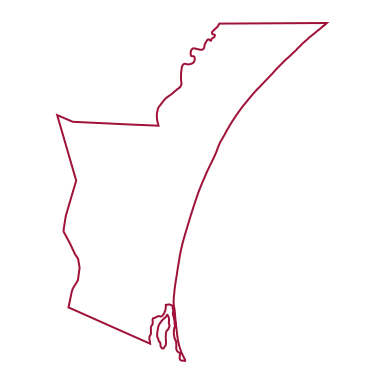 the district of Marracuene, Maputo, Mozambique
{"feature_id": "85939544B2591372162698", "entity_name": "Marracuene", "entity_type": "district", "adm_level": 2, "iso_a3": "MOZ", "parent_name": "Mozambique", "parent_adm1": "Maputo", "projection": "equal_earth", "projection_center": [32.747, -25.675], "detail": "fine", "context": "isolated", "style": "outline", "palette": "rose", "viewbox_px": 384, "rotation_deg": 0, "n_neighbors": 0, "source": "geoboundaries", "source_scale": "gbopen_adm2", "svg_char_len": 5721}
<svg xmlns="http://www.w3.org/2000/svg" viewBox="0 0 384 384"><path d="M68.5,307.5L71.0,308.5L115.6,328.4L150.1,343.7L150.0,343.0L150.0,342.2L149.9,341.7L149.8,340.9L149.6,340.1L149.4,339.4L149.4,338.0L149.5,336.9L149.7,336.2L149.9,335.6L150.4,335.0L150.5,334.7L150.8,334.2L151.0,332.8L150.9,331.6L150.9,330.4L150.9,329.5L150.9,328.4L150.9,327.3L151.2,326.5L151.4,326.0L151.8,325.3L152.4,324.7L152.6,324.0L152.7,323.3L152.7,322.7L152.7,322.2L152.7,321.5L152.7,320.9L152.5,320.1L152.6,319.5L152.8,318.8L153.1,318.3L153.7,318.2L154.7,317.9L155.4,317.6L156.2,317.1L156.9,316.7L157.6,316.4L158.4,316.2L159.1,316.2L159.9,316.4L160.4,316.5L161.2,316.5L161.6,316.3L162.6,315.5L163.2,314.6L163.8,313.9L164.4,312.9L164.6,312.2L164.7,311.9L164.9,311.1L165.2,310.8L165.3,310.2L165.6,308.9L165.7,307.6L165.9,306.3L165.8,304.9L169.5,304.4L172.2,305.6L172.3,305.7L172.5,306.3L172.6,307.2L172.7,308.0L172.9,309.0L173.0,309.7L173.2,310.4L173.3,311.0L173.2,311.7L173.0,312.2L172.9,312.8L172.9,313.8L172.9,314.3L172.9,314.9L173.2,315.5L173.6,316.5L173.9,318.3L174.5,320.8L174.7,324.3L174.7,324.7L175.0,325.1L175.0,326.1L174.7,327.1L174.3,328.0L173.9,329.8L173.9,331.0L173.8,332.2L173.8,333.3L173.9,334.1L174.0,335.2L174.2,335.8L174.3,336.4L174.3,337.1L174.5,337.8L174.6,338.2L174.9,338.9L175.0,339.4L175.3,340.0L175.7,340.5L175.8,341.0L176.1,341.8L176.2,342.7L176.2,343.7L176.3,344.5L176.4,345.1L176.4,345.7L176.3,346.6L176.2,347.2L176.2,347.9L176.3,348.8L176.5,349.6L176.7,350.3L177.0,350.9L177.5,351.5L178.1,352.0L178.9,352.4L179.4,352.8L179.8,353.2L179.9,353.5L179.9,355.4L179.8,356.1L179.7,356.7L179.6,357.5L179.7,358.2L179.8,358.9L180.0,359.4L180.4,360.0L181.5,360.6L182.2,360.7L182.9,360.7L183.7,360.7L183.9,360.8L184.4,360.9L184.5,361.0L184.8,361.0L185.1,360.7L185.1,360.3L185.0,359.8L184.9,359.3L184.8,359.0L184.0,357.9L183.6,356.8L183.0,355.8L182.6,354.9L182.2,354.4L182.2,354.0L181.7,353.1L181.3,352.2L180.8,350.5L179.7,347.5L179.0,344.7L178.0,340.7L177.7,338.5L177.0,333.4L176.2,326.4L176.1,325.5L175.9,322.8L175.5,320.2L175.4,319.0L175.2,317.1L175.0,314.2L174.7,310.9L174.5,309.3L174.0,306.5L173.7,304.1L173.6,301.3L173.8,297.9L173.8,296.9L174.1,294.9L174.7,288.4L175.6,282.1L176.6,276.0L177.7,268.6L178.7,262.9L179.9,255.3L181.5,247.6L182.3,244.5L182.2,244.4L185.1,234.2L191.0,214.6L194.9,202.6L198.7,191.5L202.8,181.3L204.6,177.4L206.9,171.9L210.0,165.4L210.8,163.7L211.8,161.8L214.3,156.6L216.6,151.3L218.1,147.0L220.1,142.5L222.2,138.8L224.8,134.3L226.6,130.8L228.9,127.0L228.9,126.8L232.2,121.5L235.2,116.8L238.1,112.7L242.2,107.0L245.9,102.5L249.5,98.1L253.4,93.5L257.3,89.2L259.2,87.4L264.1,82.2L271.9,74.1L276.3,69.1L281.5,63.9L285.2,60.1L288.5,57.3L291.3,54.6L293.5,52.5L296.1,50.1L297.6,48.4L301.1,45.1L302.2,43.7L302.8,43.3L304.7,41.6L307.8,38.9L309.2,37.5L311.8,35.5L314.9,33.0L317.0,31.2L319.3,29.4L321.8,27.3L323.6,25.8L323.5,25.7L323.8,25.5L325.1,24.7L325.2,24.4L326.8,23.0L219.4,23.6L218.8,24.6L218.3,25.5L217.8,26.3L217.2,27.0L216.8,27.4L216.0,28.1L215.2,28.9L214.2,29.8L213.5,30.6L212.8,31.1L212.3,31.8L212.0,32.5L212.0,33.2L212.3,33.9L212.9,34.3L213.6,34.4L214.1,34.5L214.7,34.9L214.9,35.8L214.5,36.6L213.9,37.4L212.9,38.0L212.2,38.4L211.7,38.7L211.3,39.3L211.2,39.8L211.2,40.2L211.0,40.5L210.9,40.4L210.6,40.6L210.2,40.6L209.8,40.2L209.2,39.7L208.9,39.4L208.1,39.4L207.4,40.0L206.8,40.7L206.3,41.6L205.8,42.5L205.3,43.3L204.6,44.8L204.5,45.7L204.4,46.7L204.1,47.8L203.6,48.7L202.5,49.6L201.3,49.8L200.0,49.7L198.0,49.2L196.9,49.0L195.9,48.7L195.1,48.5L194.4,48.4L193.6,48.4L192.8,48.5L192.4,48.8L191.9,49.4L191.4,49.9L191.2,50.5L190.8,51.3L190.7,52.2L190.7,53.1L190.7,54.4L190.8,55.0L191.1,55.8L191.6,56.1L192.3,56.2L193.3,56.2L193.9,56.4L194.3,56.9L194.5,57.1L194.7,57.8L194.7,59.1L194.6,60.2L194.3,61.2L193.9,61.9L193.6,62.4L192.6,63.2L191.5,63.7L190.6,64.0L189.7,64.2L188.7,64.4L187.5,64.3L186.7,64.2L185.8,63.9L185.3,63.8L184.4,63.8L184.0,64.0L183.1,64.6L182.6,65.3L182.3,66.1L181.8,67.2L181.6,68.3L181.5,69.7L181.4,70.8L181.2,72.1L181.0,74.0L181.0,79.3L181.1,80.7L181.3,82.1L181.4,83.1L181.4,84.2L181.0,85.4L180.6,86.2L180.1,87.0L179.7,87.3L179.8,87.5L177.2,89.3L174.4,91.7L172.2,93.6L171.0,94.5L169.7,95.5L168.0,96.6L167.4,97.1L166.5,97.6L165.8,98.4L164.2,100.0L158.7,107.1L158.0,108.4L157.7,109.8L157.3,111.5L156.9,113.1L156.8,116.2L157.1,120.0L158.2,124.4L158.5,125.7L139.3,124.9L132.3,124.6L72.9,121.8L71.6,121.3L57.2,115.1L76.2,180.6L65.9,215.5L65.6,217.1L63.7,229.1L63.6,231.6L70.2,243.9L74.9,254.0L78.1,258.9L79.6,267.6L77.9,280.3L74.8,285.3L72.7,288.8L71.6,292.4L68.5,307.5ZM163.7,348.1L164.1,347.8L164.3,347.4L164.5,347.0L164.6,346.7L165.0,346.3L165.4,345.7L165.7,345.2L165.9,344.5L165.9,343.9L166.0,343.1L166.0,342.3L166.0,341.5L166.0,340.6L165.8,339.3L165.8,338.0L165.8,337.0L165.8,336.3L165.8,335.3L165.9,333.9L166.1,332.8L166.1,332.5L166.3,331.5L166.6,331.0L167.0,330.5L167.4,330.0L167.9,329.4L168.2,329.3L168.5,328.9L168.6,328.6L168.7,328.1L169.0,327.6L169.2,327.1L169.3,326.3L169.5,325.7L169.4,325.1L169.2,324.7L169.1,324.1L169.1,323.6L169.0,323.3L168.8,322.8L168.8,322.2L168.9,321.7L169.0,321.0L169.0,320.3L169.0,319.6L169.0,318.9L168.9,318.0L168.8,317.5L168.5,316.8L167.9,315.7L167.6,315.1L167.2,314.8L166.8,315.3L166.5,315.8L166.0,316.6L165.3,317.5L164.2,318.2L163.7,318.9L162.6,319.8L161.6,321.0L159.5,323.9L159.1,324.6L158.6,325.7L158.2,327.0L157.9,328.5L157.7,329.6L157.6,330.5L157.4,331.8L157.3,332.5L157.2,333.3L157.2,334.3L157.2,335.4L157.2,336.4L157.3,337.0L157.7,337.6L158.0,338.2L158.4,339.3L158.5,340.1L158.7,340.8L159.0,341.5L159.6,341.8L160.1,342.6L160.3,343.3L160.5,344.0L160.5,344.6L160.5,345.4L160.5,346.0L160.7,346.5L161.0,346.9L161.4,347.5L161.7,348.1L162.2,348.4L162.6,348.5L163.1,348.5L163.3,348.4L163.7,348.1Z" fill="none" stroke="#9f1239" stroke-width="2"/></svg>